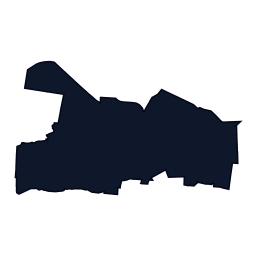 Caracal, Olt, Romania (Natural Earth projection)
{"feature_id": "2599482B13256111556680", "entity_name": "Caracal", "entity_type": "district", "adm_level": 2, "iso_a3": "ROU", "parent_name": "Romania", "parent_adm1": "Olt", "projection": "natural_earth1", "projection_center": [24.333, 44.117], "detail": "fine", "context": "isolated", "style": "filled", "palette": "ink", "viewbox_px": 256, "rotation_deg": 0, "n_neighbors": 0, "source": "geoboundaries", "source_scale": "gbopen_adm2", "svg_char_len": 5591}
<svg xmlns="http://www.w3.org/2000/svg" viewBox="0 0 256 256"><path d="M228.8,189.3L230.6,175.4L232.4,163.0L237.8,163.4L237.5,151.8L237.3,151.8L237.1,143.6L237.0,142.8L237.0,141.5L236.9,140.5L236.9,138.3L236.8,137.4L236.8,136.5L236.8,135.7L236.8,134.6L236.7,133.5L236.6,132.2L236.6,131.9L236.7,131.7L236.7,131.3L236.6,131.0L236.6,130.6L236.6,129.4L236.6,128.7L236.5,126.0L236.5,125.7L236.0,125.8L240.6,121.5L222.5,122.2L222.3,122.0L222.2,121.9L220.5,120.7L219.7,119.8L216.5,116.4L215.2,115.1L212.2,112.2L211.1,111.2L210.9,111.0L209.5,110.7L205.5,109.8L204.8,109.7L203.9,109.4L203.5,109.3L202.5,108.8L201.5,108.4L199.9,107.7L197.6,108.5L193.5,104.8L193.2,104.6L191.2,103.6L189.6,102.9L188.5,102.3L187.4,101.8L186.3,101.3L184.4,100.4L183.4,99.9L181.7,99.1L178.2,97.4L176.1,96.4L175.6,96.2L172.2,94.6L169.9,93.5L165.8,91.6L161.6,89.5L161.0,90.3L159.9,91.7L159.7,91.9L159.2,92.5L158.8,93.0L158.5,93.4L158.2,93.8L157.8,94.2L157.5,94.6L157.4,94.7L157.1,94.8L156.3,95.2L153.9,96.5L153.0,97.0L152.2,97.4L152.0,97.5L151.9,97.7L151.1,99.1L150.3,100.5L149.6,101.7L149.0,103.0L148.1,104.4L146.2,107.7L145.3,109.3L144.6,110.6L144.1,111.5L143.9,111.8L143.7,111.8L143.5,111.2L143.1,110.3L142.9,109.6L142.5,108.5L142.3,108.0L142.2,107.9L141.9,108.0L141.7,107.6L141.3,107.0L141.0,106.6L140.8,106.3L140.4,105.9L140.2,105.7L139.9,105.4L139.6,105.1L139.2,104.9L138.6,104.4L138.2,104.2L137.5,103.8L137.1,103.6L136.8,103.5L136.4,103.3L135.5,103.1L135.0,103.0L134.7,102.9L134.3,102.9L133.4,102.8L133.0,102.7L132.6,102.7L131.9,102.6L130.7,102.5L126.1,102.2L123.0,102.0L121.4,101.7L120.6,101.5L120.1,101.4L119.5,101.2L118.9,100.9L118.7,100.7L118.4,100.6L117.9,100.3L117.3,99.9L116.9,99.5L116.2,98.9L115.7,98.3L108.2,97.9L100.6,97.4L100.5,97.5L100.4,101.3L100.4,102.3L100.4,102.7L100.3,102.9L98.6,101.9L97.4,101.2L96.7,100.7L96.2,100.4L95.8,100.1L94.7,99.1L93.4,97.9L92.3,97.0L90.7,95.6L89.4,94.5L88.1,93.5L87.0,92.4L85.9,91.4L85.3,90.8L84.4,90.1L83.7,89.5L82.9,88.7L82.3,88.2L80.6,86.7L79.7,85.9L77.7,84.0L76.7,83.1L76.0,82.5L75.0,81.6L73.9,80.5L73.3,79.9L72.0,78.7L70.1,77.0L68.1,75.2L67.3,74.4L66.2,73.4L65.1,72.3L64.0,71.4L63.1,70.6L62.0,69.5L61.1,68.7L59.4,67.1L57.8,65.6L56.6,64.5L55.8,63.8L55.8,63.7L54.3,62.3L51.2,61.7L48.3,61.6L44.0,62.0L39.9,62.8L36.2,64.3L30.0,68.3L27.6,69.8L24.7,88.2L46.4,91.6L47.3,91.9L47.7,91.9L47.8,91.8L63.8,94.3L60.5,110.7L60.5,111.2L60.1,113.4L58.4,122.3L58.0,122.7L57.6,123.0L57.4,123.1L54.3,122.9L54.1,124.0L53.6,124.6L53.1,125.0L52.7,125.4L52.2,125.8L52.2,126.0L52.3,126.4L52.8,127.1L53.0,127.3L52.8,127.6L52.5,127.9L52.5,128.1L52.6,128.4L53.6,129.5L53.8,130.8L54.1,132.1L53.0,132.4L48.8,134.0L48.3,134.4L47.7,134.6L46.8,134.9L46.5,135.1L46.5,135.3L46.6,135.7L48.0,137.5L48.4,138.2L48.2,138.4L47.8,138.7L47.4,138.8L46.1,139.1L46.0,139.3L47.1,140.3L47.0,140.5L46.6,140.5L46.2,140.5L44.4,140.8L43.5,140.9L42.2,141.1L39.9,141.3L39.5,141.2L39.0,141.1L38.2,141.3L36.8,141.7L36.1,141.8L35.8,142.0L34.6,143.0L34.3,143.0L33.7,142.9L32.8,142.6L32.3,142.5L32.0,142.5L31.5,142.5L31.2,142.6L30.1,143.0L29.6,143.1L29.0,143.3L28.6,143.3L27.4,143.3L26.3,143.3L23.2,142.7L22.7,142.7L22.0,142.8L21.6,143.6L21.3,144.3L21.1,144.7L20.7,145.1L20.3,145.3L18.0,146.1L17.0,146.5L16.9,148.9L16.8,151.1L16.7,152.6L16.6,153.3L16.1,165.4L16.0,170.3L15.8,172.0L15.6,174.9L15.4,177.5L16.2,177.5L16.6,177.6L16.6,177.8L16.5,180.6L16.4,186.2L16.4,186.6L16.6,186.9L16.6,187.3L16.5,190.8L16.6,191.6L16.7,192.1L16.7,192.6L16.8,192.8L17.6,192.9L18.0,193.0L18.1,193.7L18.3,193.8L18.8,193.8L19.1,194.0L30.8,188.5L31.1,188.6L31.5,188.6L31.9,188.6L32.7,188.5L35.1,188.5L36.0,188.4L36.5,188.4L37.6,189.0L38.2,189.5L38.7,189.8L39.0,189.9L39.3,189.9L39.7,189.8L41.0,189.4L41.4,189.3L41.8,189.2L42.0,189.3L42.9,189.7L43.4,190.0L43.6,190.1L44.1,190.2L44.8,190.2L45.4,190.3L46.3,190.6L47.3,190.9L47.8,191.0L48.4,191.1L49.4,191.3L50.5,191.3L52.0,191.4L53.8,191.5L54.2,191.6L55.5,191.6L56.8,191.5L57.7,191.4L59.2,191.2L59.8,191.1L60.7,191.1L61.4,191.1L61.8,191.0L62.1,190.9L62.6,190.8L63.1,190.7L63.5,190.6L63.9,190.3L64.1,190.2L64.4,189.8L64.7,189.4L64.9,189.1L65.0,189.0L66.1,189.1L66.9,189.2L67.3,189.2L67.6,189.1L67.9,188.9L68.0,188.9L68.3,188.8L68.6,188.8L69.9,188.9L70.6,188.9L71.2,189.0L71.7,189.1L71.9,189.1L72.2,189.1L72.7,189.0L73.1,188.9L75.4,188.7L76.7,188.7L78.0,188.7L78.1,188.8L80.8,188.8L81.6,188.8L82.5,189.1L83.5,189.3L83.8,189.4L84.1,189.5L84.7,189.6L84.9,189.7L85.1,189.7L85.3,189.7L85.3,189.8L87.4,189.8L87.8,189.8L89.9,191.1L91.4,191.9L91.6,192.0L92.7,192.2L94.4,192.4L96.6,192.7L98.0,192.9L98.0,192.7L99.2,192.7L100.3,192.5L102.6,191.9L104.3,191.4L104.1,193.2L106.3,193.4L107.6,193.5L108.4,193.6L109.3,193.7L110.2,193.7L115.3,194.3L117.5,194.4L117.5,193.5L117.5,192.3L117.6,192.2L117.7,190.9L117.8,190.3L117.8,190.2L117.8,189.0L117.8,188.4L117.2,188.3L117.4,187.5L120.1,187.9L120.4,185.5L121.3,181.9L121.5,180.6L122.8,180.6L124.1,180.5L125.4,180.2L126.6,180.0L127.7,179.6L128.7,179.1L129.3,178.9L130.2,178.8L130.8,178.8L131.4,178.8L131.8,178.9L133.0,179.1L135.0,179.1L141.7,179.6L141.6,180.2L141.6,180.5L141.4,181.3L141.2,182.3L140.9,183.0L140.7,183.3L141.2,183.6L144.3,183.8L147.7,184.0L148.0,182.6L148.1,182.2L148.5,181.4L148.8,180.5L149.0,180.0L149.5,180.0L150.6,180.1L151.4,180.1L152.3,180.2L152.7,180.2L151.1,177.8L151.3,177.7L165.4,169.9L165.7,169.7L168.5,177.2L184.3,176.7L184.1,184.8L187.9,185.6L188.5,185.6L190.1,185.5L191.7,185.7L194.0,185.9L197.0,183.0L196.9,181.5L197.1,181.5L197.7,182.7L198.4,182.4L206.2,184.1L207.8,184.0L209.3,184.2L211.9,184.5L212.1,183.5L214.0,183.7L213.7,186.6L218.9,187.0L221.1,187.2L222.3,187.8L228.8,189.3Z" fill="#0f172a" stroke="#020617" stroke-width="1.5"/></svg>